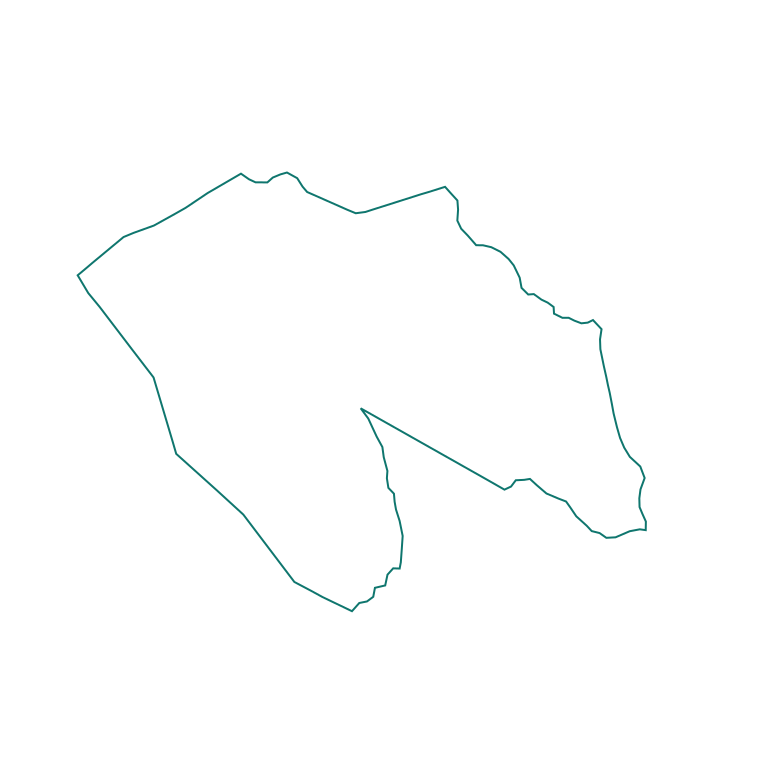 Sirinhaém, Pernambuco, Brazil, rotated 327°
{"feature_id": "56859067B34906983561862", "entity_name": "Sirinhaém", "entity_type": "district", "adm_level": 2, "iso_a3": "BRA", "parent_name": "Brazil", "parent_adm1": "Pernambuco", "projection": "equal_earth", "projection_center": [-35.141, -8.583], "detail": "fine", "context": "isolated", "style": "outline", "palette": "teal", "viewbox_px": 768, "rotation_deg": 327, "n_neighbors": 0, "source": "geoboundaries", "source_scale": "gbopen_adm2", "svg_char_len": 1702}
<svg xmlns="http://www.w3.org/2000/svg" viewBox="0 0 768 768"><g transform="rotate(327 384 384)"><path d="M185.5,146.7L187.5,164.4L191.5,217.6L194.3,253.0L175.2,317.8L171.7,329.4L185.8,381.8L194.9,416.9L201.0,501.2L210.2,517.7L216.4,529.2L233.4,557.1L244.0,554.2L251.3,557.1L259.1,556.6L265.4,550.0L275.3,553.6L283.1,545.8L291.3,543.6L296.6,547.3L301.0,542.7L309.1,532.0L316.9,521.6L322.5,507.4L325.7,495.8L328.8,488.5L332.6,481.4L331.1,473.5L335.1,464.6L339.5,458.8L343.9,445.3L348.3,436.0L349.2,424.1L352.0,404.4L351.2,391.7L418.1,520.0L427.5,538.2L434.7,539.2L442.1,536.5L449.3,540.7L454.7,543.1L457.0,552.0L460.6,564.3L467.9,575.1L472.7,581.7L473.0,588.9L473.2,599.7L476.8,613.2L478.1,620.5L483.6,626.4L486.7,634.1L494.7,638.7L509.9,641.3L519.4,645.2L523.9,649.1L528.7,642.0L530.0,633.6L531.3,626.4L535.9,618.9L541.7,612.1L551.4,604.8L554.0,592.8L550.5,579.0L550.8,568.2L552.6,557.8L555.9,547.0L560.5,533.8L564.3,524.7L568.5,514.3L571.2,506.9L574.2,499.3L578.2,488.5L584.4,472.7L589.5,464.2L596.3,456.5L594.1,444.2L588.3,443.5L582.6,440.6L578.2,434.6L574.9,429.0L569.7,425.7L564.9,417.6L568.2,411.8L565.6,404.9L562.0,399.0L558.6,390.2L553.7,387.5L551.7,378.3L555.7,368.7L557.4,355.2L556.6,347.1L553.7,336.6L548.5,327.7L542.6,321.6L536.9,317.8L535.1,305.1L533.3,295.8L534.5,286.9L541.1,278.1L545.5,270.1L543.7,259.1L542.6,251.9L526.0,247.3L518.3,245.0L469.2,231.5L462.1,229.6L453.3,225.4L448.2,218.0L424.1,181.1L423.2,174.2L423.3,164.1L417.8,153.8L411.3,151.8L403.2,150.3L396.0,151.4L386.1,144.9L382.3,138.8L378.6,129.7L340.2,127.8L313.4,128.2L301.7,127.5L277.3,125.8L256.4,120.9L245.6,118.9L205.5,123.6L198.7,124.5L186.3,126.0L185.5,146.7Z" fill="none" stroke="#0f766e" stroke-width="2"/></g></svg>